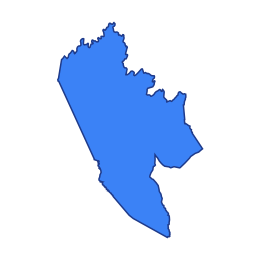 the district of Mazabuka, Southern, Zambia, rotated 9°
{"feature_id": "96606910B8169685936662", "entity_name": "Mazabuka", "entity_type": "district", "adm_level": 2, "iso_a3": "ZMB", "parent_name": "Zambia", "parent_adm1": "Southern", "projection": "equal_earth", "projection_center": [27.75, -15.894], "detail": "fine", "context": "isolated", "style": "filled", "palette": "blue", "viewbox_px": 256, "rotation_deg": 9, "n_neighbors": 0, "source": "geoboundaries", "source_scale": "gbopen_adm2", "svg_char_len": 5707}
<svg xmlns="http://www.w3.org/2000/svg" viewBox="0 0 256 256"><g transform="rotate(9 128 128)"><path d="M180.3,88.5L179.9,86.3L179.8,86.0L179.7,86.1L179.3,85.6L178.7,85.3L177.1,85.9L176.4,85.5L175.6,85.3L174.2,84.3L173.7,84.1L173.2,84.3L172.6,84.7L172.2,85.7L172.1,87.8L171.4,88.3L170.7,89.7L169.4,91.5L168.9,92.6L168.0,93.3L167.0,94.8L166.6,94.9L165.3,94.4L162.3,96.2L162.0,95.6L162.1,94.9L161.8,94.4L159.1,92.5L158.5,91.8L158.4,91.0L158.1,86.7L157.4,85.6L156.2,84.5L155.9,85.0L156.1,85.7L156.0,86.3L155.6,86.6L155.1,86.5L154.1,85.3L153.4,85.0L152.7,85.5L151.7,86.6L150.2,87.6L149.9,88.0L149.1,89.1L148.4,90.7L147.8,91.5L146.1,93.0L145.6,93.1L144.9,92.4L144.1,92.0L143.5,92.0L142.1,92.4L141.0,91.9L141.1,88.2L140.8,87.2L141.2,86.0L141.3,85.7L143.0,84.9L143.5,84.4L144.0,84.5L146.0,83.4L146.8,81.7L147.0,80.9L147.0,78.7L147.3,77.9L147.2,77.6L147.0,77.3L146.6,77.3L145.7,78.5L144.9,78.5L144.8,78.3L144.9,76.7L145.1,75.8L146.0,74.8L146.2,74.2L146.1,73.0L145.8,72.4L143.1,72.6L141.6,71.9L141.4,71.7L140.7,71.3L139.1,70.9L138.9,71.2L138.0,71.2L136.9,70.6L136.6,70.5L135.5,71.2L134.9,71.2L133.0,67.5L132.7,67.4L132.0,67.7L128.8,72.6L127.3,74.5L126.4,75.2L125.9,75.1L125.5,74.8L125.4,74.0L125.6,72.8L125.5,72.4L125.1,71.9L123.6,71.1L122.5,71.3L122.0,71.6L120.7,73.9L119.1,75.4L117.6,75.7L117.5,75.4L117.7,74.3L117.8,71.0L117.9,70.2L117.7,69.8L117.5,69.5L116.7,68.9L115.6,69.1L114.9,68.8L114.2,68.0L113.5,66.5L113.2,65.1L112.1,64.1L112.0,63.7L112.3,63.0L113.0,62.6L113.5,61.8L113.9,60.5L114.2,60.2L115.1,60.1L115.4,59.9L116.1,57.3L116.2,56.5L116.0,55.7L115.3,55.5L114.8,55.8L114.2,55.7L114.0,55.3L114.0,54.2L114.3,51.7L114.4,49.8L114.7,48.8L114.6,48.3L114.4,47.9L113.8,47.4L113.6,47.5L113.6,48.0L113.3,48.0L112.6,46.8L112.2,46.5L111.9,45.3L111.2,44.5L109.7,43.7L109.5,42.9L110.0,40.5L110.0,39.7L109.5,38.2L109.4,37.2L108.9,36.6L108.3,36.6L108.1,36.9L107.8,38.0L107.6,38.2L107.1,38.3L106.0,37.5L105.9,37.2L106.0,37.5L105.1,37.4L104.8,37.4L104.6,37.8L104.3,37.7L103.9,37.1L103.8,35.8L103.3,35.4L102.1,34.9L100.9,35.2L100.6,35.5L99.1,35.1L98.5,34.1L98.0,32.4L97.3,31.0L97.6,30.2L98.5,29.6L99.0,28.5L98.9,27.2L98.6,26.8L98.2,26.7L97.6,26.1L97.3,26.4L97.3,26.8L96.6,27.9L96.3,28.0L95.8,27.8L95.1,28.0L94.4,27.4L93.5,27.4L93.2,27.6L92.8,28.4L92.7,29.4L92.8,30.7L92.5,31.2L92.0,31.6L91.4,31.9L91.2,32.2L91.2,33.3L90.7,33.7L90.4,34.6L90.0,35.0L89.7,35.0L88.7,34.4L88.4,34.5L88.1,34.8L88.0,35.7L89.1,37.5L89.9,40.2L89.9,41.2L89.5,41.5L87.8,41.5L87.1,41.8L87.1,42.5L87.5,43.5L87.5,43.9L87.2,44.1L86.1,44.1L84.7,43.4L84.1,44.0L84.3,44.7L84.9,45.5L85.2,46.1L85.2,46.9L85.0,47.4L84.3,47.7L83.3,47.8L81.8,47.0L80.8,47.5L79.6,46.7L79.0,46.7L78.8,46.9L78.6,47.7L78.7,48.8L80.2,49.6L80.2,50.1L80.0,50.4L78.6,50.8L78.2,51.7L77.8,54.3L77.2,54.7L76.4,54.4L76.1,54.1L75.7,52.9L75.7,51.1L75.4,50.7L74.9,50.8L73.9,52.1L73.1,52.2L71.8,52.7L71.1,52.3L70.7,51.2L70.4,46.9L69.7,46.7L68.8,47.1L67.8,48.2L67.5,49.1L67.5,50.0L68.0,50.9L68.5,53.2L68.4,53.8L67.6,54.5L66.4,54.8L65.5,55.8L65.1,57.3L65.2,58.2L65.5,59.6L65.2,60.6L64.5,61.5L64.2,62.4L63.7,62.9L63.1,62.4L63.0,61.7L62.0,60.5L60.8,60.2L59.3,63.2L58.5,63.8L58.0,65.1L57.9,67.5L56.9,68.9L54.0,66.9L52.6,69.8L51.7,70.7L51.6,89.7L51.1,91.2L51.6,92.6L52.3,92.7L99.8,164.3L99.7,164.5L103.5,165.2L103.4,165.8L103.5,166.0L104.0,165.1L104.5,165.3L104.6,165.5L104.3,166.2L104.5,166.9L104.2,167.7L104.4,167.9L104.8,167.6L105.1,167.7L105.2,167.9L104.9,168.4L104.4,168.3L104.3,168.9L104.5,169.2L104.3,170.0L105.3,170.5L105.7,171.4L105.6,172.1L105.7,172.4L106.0,172.4L106.2,171.7L106.8,172.3L106.7,173.0L107.1,173.1L107.7,173.9L108.2,175.5L108.4,175.8L108.0,177.7L107.7,178.4L107.7,180.9L107.3,182.8L107.4,183.5L107.7,184.2L108.4,184.5L108.7,185.0L108.8,184.8L109.1,184.9L109.2,185.1L109.5,185.0L109.6,185.3L109.8,185.1L110.9,185.2L110.7,185.3L110.8,185.6L111.2,185.7L111.1,185.9L111.5,185.9L111.5,187.3L111.7,187.8L111.9,187.8L112.1,188.2L112.8,188.3L113.2,188.7L113.3,189.0L113.6,189.3L113.8,189.2L114.6,190.2L115.2,189.9L115.4,190.0L116.0,191.3L116.1,191.0L116.4,191.2L116.5,191.7L117.5,192.4L117.8,192.4L117.8,192.7L118.0,192.5L118.3,192.9L119.0,193.1L119.2,193.3L119.1,193.7L119.3,193.7L120.1,194.5L121.2,195.0L121.3,195.3L121.6,195.3L121.6,195.6L122.6,196.2L122.6,196.4L123.3,197.0L123.7,197.0L123.7,197.4L124.1,198.0L142.8,214.0L147.4,216.6L183.9,229.9L184.0,229.5L184.3,229.5L184.5,229.0L185.8,228.9L186.2,228.5L186.0,228.1L186.1,227.9L185.8,227.5L186.0,226.6L185.8,226.6L185.8,226.2L185.6,226.1L185.7,225.7L185.8,225.7L185.7,224.8L185.5,224.7L185.6,224.4L184.9,223.6L184.5,222.2L183.7,221.5L183.5,220.8L183.2,220.6L183.4,219.7L183.0,218.9L182.9,218.2L182.7,217.6L182.9,217.6L183.2,217.1L183.6,216.9L183.6,215.8L183.4,215.2L183.4,212.3L182.7,209.2L182.2,208.1L181.4,207.7L181.1,207.7L181.5,206.7L181.1,205.9L180.3,205.1L179.4,204.6L178.9,203.9L177.9,203.0L177.7,201.9L177.4,201.4L176.8,201.4L176.0,200.9L175.5,198.9L174.3,198.6L172.6,195.9L172.8,192.4L172.3,191.3L171.8,190.7L171.3,189.1L170.4,187.4L169.7,186.9L168.8,185.6L168.3,183.9L166.8,180.1L164.3,177.6L160.9,174.8L160.1,174.8L157.2,173.0L157.0,172.1L157.7,168.7L159.1,165.4L159.0,164.3L159.1,162.1L159.4,161.8L160.1,161.5L160.8,160.3L160.0,158.8L159.7,154.8L159.2,152.7L158.9,150.2L160.5,151.9L161.6,152.6L164.1,155.7L166.3,157.6L168.2,159.0L170.2,160.0L174.8,160.0L175.6,160.4L176.5,160.6L179.5,159.0L185.2,159.3L185.7,159.0L189.8,153.6L193.4,148.3L194.4,146.3L198.3,142.6L201.6,140.7L203.6,138.3L204.9,136.9L192.4,123.3L192.2,122.2L191.6,122.1L190.9,120.7L190.9,119.7L189.9,119.3L189.0,118.2L189.0,116.8L188.8,116.3L187.8,116.3L185.9,115.3L183.6,114.3L183.5,114.7L183.2,114.4L182.4,111.0L182.7,110.8L179.1,96.6L179.8,96.3L179.6,93.1L180.2,90.5L180.0,89.9L180.3,88.5Z" fill="#3b82f6" stroke="#1e3a8a" stroke-width="1.5"/></g></svg>